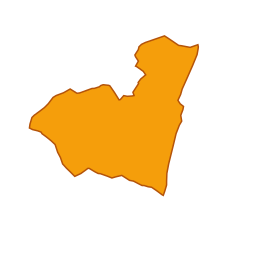 Gouré, Zinder, Niger, rotated 71°
{"feature_id": "23599985B20082731758941", "entity_name": "Gouré", "entity_type": "district", "adm_level": 2, "iso_a3": "NER", "parent_name": "Niger", "parent_adm1": "Zinder", "projection": "natural_earth1", "projection_center": [10.132, 14.056], "detail": "fine", "context": "isolated", "style": "filled", "palette": "amber", "viewbox_px": 256, "rotation_deg": 71, "n_neighbors": 0, "source": "geoboundaries", "source_scale": "gbopen_adm2", "svg_char_len": 1342}
<svg xmlns="http://www.w3.org/2000/svg" viewBox="0 0 256 256"><g transform="rotate(71 128 128)"><path d="M52.8,83.6L53.3,88.0L54.8,91.2L57.2,92.7L61.2,97.7L63.0,97.7L68.1,96.4L72.0,100.7L72.8,99.8L79.4,95.1L83.5,94.0L85.8,100.0L88.3,103.6L89.5,103.6L95.8,111.7L99.3,111.7L99.1,113.6L97.8,118.4L96.0,121.5L98.6,126.0L98.5,127.3L90.6,129.1L84.8,130.7L82.1,131.5L81.3,132.5L79.0,137.4L79.0,139.9L79.7,141.7L79.6,146.8L78.9,149.2L79.1,162.5L78.5,165.0L72.3,170.0L73.7,177.6L73.9,185.3L74.7,188.9L79.1,195.5L81.5,200.4L83.6,206.7L85.4,212.5L86.8,215.4L92.4,219.4L95.9,221.2L98.4,218.8L101.3,214.3L103.5,211.6L105.5,211.1L109.5,208.3L115.1,204.8L119.9,202.3L128.1,202.4L133.9,201.5L140.7,201.5L146.1,199.2L150.0,197.2L156.4,194.1L155.7,187.4L154.1,182.1L153.1,179.0L153.6,177.8L158.7,173.5L161.3,171.0L162.2,169.0L166.9,163.1L170.0,159.5L170.2,155.3L170.8,149.3L178.0,143.6L180.0,140.1L183.7,136.6L186.9,133.5L187.7,131.4L190.1,128.1L191.7,125.0L196.2,121.6L202.1,117.6L203.2,116.6L199.7,113.8L194.5,110.1L190.5,108.7L183.5,106.0L175.1,101.2L160.0,91.4L149.0,84.4L142.0,78.5L139.0,75.0L133.2,74.0L128.5,70.1L125.7,68.5L122.1,70.8L118.1,71.8L113.4,67.3L108.8,64.1L100.9,56.7L90.1,46.7L81.1,38.8L76.1,36.0L74.2,35.1L72.0,34.8L72.0,43.0L67.5,50.9L66.4,53.2L56.5,60.6L52.8,63.5L52.8,83.6Z" fill="#f59e0b" stroke="#b45309" stroke-width="1.5"/></g></svg>